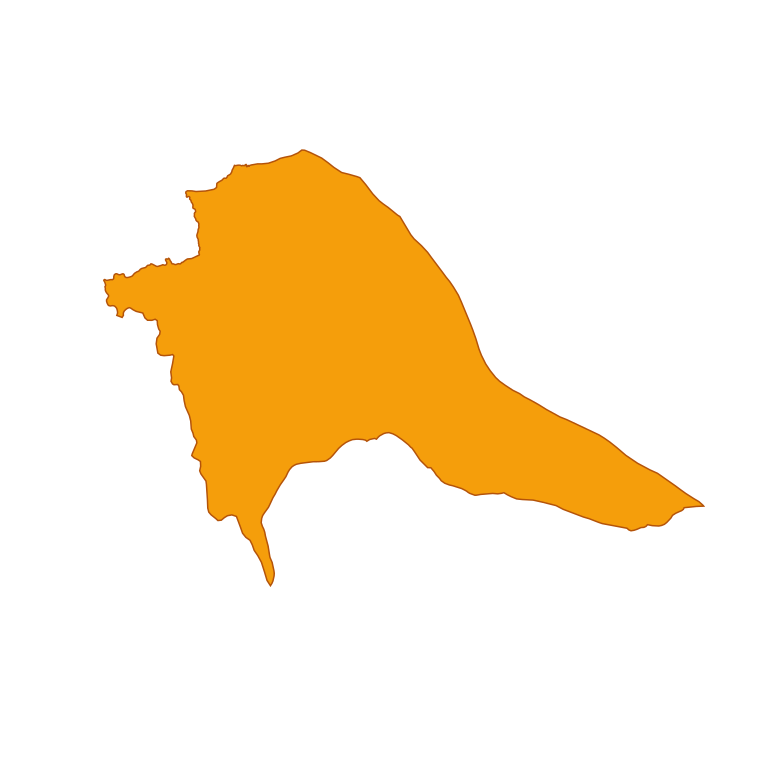 Sangthong, Vientiane [prefecture], Laos (Mercator projection), rotated 330°
{"feature_id": "54806243B2404656271674", "entity_name": "Sangthong", "entity_type": "district", "adm_level": 2, "iso_a3": "LAO", "parent_name": "Laos", "parent_adm1": "Vientiane [prefecture]", "projection": "mercator", "projection_center": [102.117, 18.241], "detail": "fine", "context": "isolated", "style": "filled", "palette": "amber", "viewbox_px": 768, "rotation_deg": 330, "n_neighbors": 0, "source": "geoboundaries", "source_scale": "gbopen_adm2", "svg_char_len": 6171}
<svg xmlns="http://www.w3.org/2000/svg" viewBox="0 0 768 768"><g transform="rotate(330 384 384)"><path d="M191.0,160.2L190.4,162.1L189.7,163.1L189.4,164.2L189.3,165.8L189.4,166.9L189.8,168.9L189.7,169.7L189.2,170.5L187.9,171.3L186.5,172.0L185.7,172.5L185.4,173.1L185.0,173.9L184.6,176.0L184.6,177.7L184.7,178.2L185.0,178.6L185.9,179.5L188.1,180.4L189.0,181.1L189.7,181.9L190.2,183.7L190.3,184.7L190.1,185.8L189.9,186.6L189.3,188.3L188.7,189.4L186.9,191.0L190.5,195.4L192.4,194.4L192.8,194.1L193.1,193.2L193.9,192.1L194.9,191.3L195.7,190.9L197.4,190.4L199.0,190.2L200.7,190.3L201.3,190.4L201.9,190.8L202.2,191.1L202.6,191.7L203.9,194.4L205.7,197.2L210.6,201.9L210.0,207.2L211.1,210.6L214.9,212.8L218.2,213.5L219.3,215.7L217.5,219.4L216.4,223.7L216.5,226.4L214.6,228.8L210.3,230.8L206.8,235.3L203.6,244.2L205.0,247.4L207.7,249.5L213.0,252.0L215.7,252.8L216.0,254.7L211.1,260.6L205.4,266.9L203.1,272.5L200.9,275.2L200.9,278.2L201.7,279.6L205.1,281.3L205.3,283.3L204.0,286.6L204.7,289.5L204.7,293.5L202.6,298.5L200.7,304.4L199.7,313.9L198.1,319.4L194.6,326.7L194.0,331.1L193.0,334.4L193.5,338.7L192.5,341.4L183.0,348.6L181.7,349.9L182.6,353.0L185.2,356.9L186.3,359.3L184.1,363.6L181.0,367.0L180.5,370.3L181.3,379.0L180.1,382.0L173.2,396.0L169.3,403.4L168.2,407.3L168.8,410.7L171.1,416.6L171.9,419.2L175.0,420.6L179.0,419.9L182.6,419.8L186.8,421.3L190.0,424.9L188.2,435.6L186.9,442.6L187.7,447.8L189.8,452.3L189.5,457.4L188.4,463.2L188.9,469.6L188.7,477.1L186.6,486.8L184.5,495.6L184.8,501.9L187.3,500.6L189.4,499.0L192.8,495.3L194.3,493.1L195.3,490.7L197.9,482.6L198.5,477.5L198.9,476.1L202.6,466.4L205.3,456.4L206.6,452.8L207.3,449.5L207.5,446.6L208.3,442.7L210.9,439.2L213.1,437.3L215.8,435.9L222.3,433.0L224.8,431.3L230.9,427.0L234.5,425.0L238.0,422.7L243.8,419.4L249.2,416.9L252.7,415.2L256.7,412.4L259.4,410.9L262.9,409.7L265.4,409.5L268.0,409.7L272.4,411.1L283.8,415.9L288.6,418.6L293.8,421.1L296.1,421.6L300.5,421.2L304.0,420.2L312.4,417.1L316.9,416.1L321.7,415.6L325.2,415.8L328.9,416.4L332.5,418.0L334.1,418.9L337.9,421.5L339.6,423.1L340.1,423.8L340.5,425.0L343.9,424.9L348.6,426.4L349.9,428.0L352.2,427.2L354.3,426.7L359.0,426.8L361.4,427.4L364.0,428.6L366.8,431.6L368.9,434.9L372.0,441.6L374.8,448.9L375.5,452.0L376.2,453.6L376.6,457.9L377.2,467.9L380.0,478.3L382.7,479.9L383.6,484.9L383.8,489.2L384.9,493.5L385.2,496.4L387.0,500.3L390.1,504.1L392.6,506.4L398.9,513.3L400.7,516.0L401.9,518.0L402.7,520.0L403.6,521.6L407.1,525.8L408.7,526.6L412.6,528.0L423.4,533.1L427.6,536.0L431.0,537.4L433.5,538.1L435.5,541.7L437.9,545.3L441.4,549.8L445.9,553.1L455.1,559.1L462.4,565.8L472.2,575.3L476.5,582.1L490.2,598.9L494.4,603.3L500.5,610.9L503.2,614.0L522.3,630.4L523.1,632.8L524.5,634.6L527.4,635.7L530.3,636.3L534.7,636.8L537.4,638.1L539.7,638.3L541.9,637.6L545.5,640.8L551.0,644.4L553.7,645.3L556.7,645.7L559.6,645.3L565.3,643.6L568.2,642.0L572.0,641.8L576.2,642.2L578.4,642.5L580.6,642.2L582.1,641.2L593.3,646.2L599.8,649.6L599.7,648.8L597.9,643.3L595.1,638.4L590.6,629.7L587.9,623.7L585.4,617.9L576.2,598.1L571.4,591.4L564.0,579.5L557.8,566.8L553.7,555.2L550.5,547.1L547.7,541.1L544.7,535.5L524.4,506.2L519.9,500.5L511.9,487.3L507.8,479.6L502.9,471.3L499.1,465.4L496.6,460.1L492.4,453.8L488.4,445.9L485.5,439.5L483.9,434.1L482.6,425.4L482.1,417.4L482.7,407.9L483.7,401.4L486.2,390.7L487.9,381.5L488.9,375.1L492.0,351.7L492.8,344.2L492.6,334.7L492.1,328.1L491.2,322.6L490.5,316.3L488.3,298.3L487.6,291.8L485.6,283.0L482.6,273.4L481.8,268.0L481.5,246.9L480.2,244.6L476.0,233.5L473.3,227.6L471.4,222.8L469.3,213.7L467.9,202.3L466.3,193.3L464.2,190.8L458.3,184.7L453.1,179.7L448.9,171.4L446.2,164.5L443.0,157.2L436.1,147.0L432.2,141.9L429.8,140.3L424.9,140.9L417.7,140.1L411.4,138.0L406.9,136.7L401.3,136.4L394.3,135.0L388.3,132.3L384.7,130.2L378.7,128.0L377.1,127.6L376.7,127.6L376.2,128.0L375.8,127.8L375.8,127.1L375.6,126.8L375.1,126.9L374.6,127.3L374.2,127.3L373.8,127.2L373.7,126.8L373.8,126.2L374.4,125.3L374.3,124.9L373.5,124.8L372.4,125.1L371.9,125.0L371.1,124.1L370.2,124.0L369.7,123.8L369.0,122.8L367.9,122.0L366.7,121.4L364.5,120.6L363.8,119.9L361.4,121.7L359.4,122.9L358.2,124.2L356.1,125.4L355.3,125.5L352.7,125.5L351.4,126.4L350.8,126.7L350.2,126.8L349.8,126.7L348.5,125.8L347.9,125.8L345.4,126.5L342.5,126.4L340.0,126.6L339.5,126.8L337.2,130.1L334.2,130.4L326.1,127.7L317.4,123.3L314.2,120.7L310.4,118.4L308.8,118.4L307.8,119.4L307.7,121.2L306.6,122.8L306.6,123.4L306.8,123.7L307.8,123.7L308.5,123.9L309.0,124.3L309.2,125.0L309.1,125.4L308.2,126.6L308.2,127.0L308.6,128.0L308.6,128.3L308.1,130.1L308.3,131.5L308.2,132.8L308.0,133.6L306.7,135.6L306.6,136.0L306.6,136.6L307.6,137.8L307.7,138.8L307.1,140.4L306.9,140.7L305.8,141.0L305.1,141.4L304.6,142.4L303.5,144.0L303.5,146.9L303.1,148.0L303.3,149.4L303.8,150.3L304.0,151.1L303.8,152.4L303.7,152.9L302.8,154.1L302.0,155.9L300.3,157.3L299.1,159.0L296.8,161.1L296.3,161.6L295.6,163.2L295.4,166.0L294.9,166.8L294.4,168.3L293.7,169.4L293.5,170.6L292.8,171.6L292.7,173.9L291.9,174.8L291.5,175.8L290.1,176.6L289.6,177.0L289.1,178.3L288.9,179.5L288.5,179.9L280.2,179.2L276.2,177.4L274.0,177.5L270.4,178.0L270.1,177.7L269.5,177.6L268.5,178.0L267.6,178.1L266.9,177.7L266.3,177.1L265.4,176.8L263.4,176.5L262.5,175.8L261.8,174.8L260.9,174.2L260.5,173.7L260.7,171.5L260.5,170.4L260.7,168.6L260.5,167.7L260.2,167.4L259.2,167.8L257.9,166.7L257.2,166.8L256.8,167.4L256.7,170.1L256.2,171.0L255.4,171.6L254.3,171.8L253.3,171.4L252.6,170.6L252.0,170.1L250.4,169.9L248.8,169.5L247.4,169.2L246.5,168.9L245.7,168.2L243.3,164.4L242.3,163.4L241.9,163.5L241.4,163.8L240.4,163.8L238.7,163.1L238.0,163.2L236.1,163.8L235.5,163.8L232.0,162.8L230.4,162.8L228.4,163.5L227.5,163.6L226.4,163.3L223.5,163.4L222.1,163.8L220.2,164.6L218.5,164.5L216.7,164.1L215.2,163.6L214.3,163.1L213.9,162.8L213.6,162.2L213.3,161.7L213.3,160.6L213.6,159.7L213.6,159.0L213.5,158.6L213.3,158.3L212.4,157.8L209.9,157.4L209.5,157.1L208.7,156.4L207.9,155.2L207.5,154.8L206.6,154.4L205.2,154.5L203.9,155.6L202.8,157.3L202.1,157.8L201.1,157.9L199.4,156.9L196.0,155.8L195.2,155.2L194.5,154.0L194.2,153.8L193.7,153.8L193.2,154.1L193.1,154.4L193.1,156.2L192.5,158.9L192.3,159.3L191.6,160.0L191.0,160.2Z" fill="#f59e0b" stroke="#b45309" stroke-width="1.5"/></g></svg>